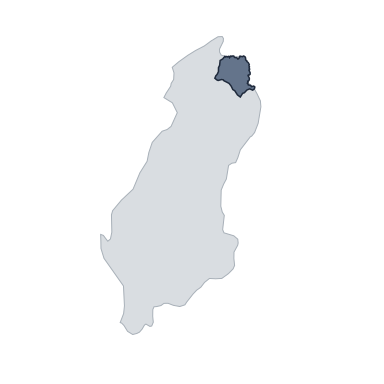 Tropojë, Kukës, Albania (highlighted), rotated 24°
{"feature_id": "67620474B51082079967557", "entity_name": "Tropojë", "entity_type": "district", "adm_level": 2, "iso_a3": "ALB", "parent_name": "Albania", "parent_adm1": "Kukës", "projection": "equal_earth", "projection_center": [20.083, 42.368], "detail": "fine", "context": "in_parent", "style": "filled", "palette": "slate", "viewbox_px": 384, "rotation_deg": 24, "n_neighbors": 0, "source": "geoboundaries", "source_scale": "gbopen_adm2", "svg_char_len": 2882}
<svg xmlns="http://www.w3.org/2000/svg" viewBox="0 0 384 384"><g transform="rotate(24 192 192)"><path d="M127.9,117.2L128.2,112.1L129.5,104.0L128.8,101.3L129.5,96.7L127.1,90.5L123.2,86.1L127.0,78.3L132.6,68.8L137.7,61.3L143.9,53.5L148.1,46.1L152.6,39.6L156.4,37.7L158.3,39.0L159.3,41.8L159.0,50.2L160.3,53.0L163.0,55.1L168.5,54.1L174.7,52.0L183.0,47.6L184.5,47.9L187.5,50.2L194.0,60.3L198.2,69.1L206.6,72.2L211.3,75.7L217.4,80.9L220.3,86.2L224.5,102.4L225.0,112.2L223.8,116.7L222.8,117.9L219.0,133.8L219.9,142.0L219.9,147.4L216.7,149.5L214.6,152.8L218.1,166.2L217.7,171.9L217.9,178.4L224.1,193.3L227.8,198.0L231.0,200.2L235.3,213.9L237.8,216.3L248.0,215.0L253.0,216.5L254.9,219.8L255.4,222.0L254.8,229.8L257.3,235.7L260.8,241.8L260.8,245.6L258.5,251.7L254.4,258.8L249.0,261.6L243.1,263.9L240.2,269.5L238.8,275.4L236.2,279.8L234.5,284.6L232.0,294.4L231.4,298.0L227.4,301.6L221.1,303.1L215.5,303.4L211.7,305.1L209.8,308.4L206.2,311.1L204.0,312.3L204.0,315.3L206.7,321.6L209.6,326.7L209.7,330.8L208.2,331.9L203.6,331.4L202.7,332.9L202.2,337.5L201.0,341.4L199.1,343.7L195.8,346.3L189.8,345.5L184.1,341.6L181.1,340.4L179.5,340.5L179.0,330.9L176.6,323.5L167.6,305.7L138.6,288.4L131.8,280.6L128.8,274.1L125.8,267.9L128.7,267.7L131.5,269.3L135.1,271.2L136.6,268.1L135.1,261.3L127.7,245.6L127.1,241.3L130.8,228.2L137.0,213.4L136.6,195.6L138.5,182.2L136.5,173.4L135.5,162.8L140.0,148.6L143.8,145.1L146.2,140.6L146.3,125.5L137.8,118.5L127.9,117.2Z" fill="#d9dde1" stroke="#a8b0b8" stroke-width="1"/><path d="M207.0,72.1L206.7,70.5L205.3,70.1L204.6,70.8L204.0,71.0L203.4,71.6L202.2,70.7L199.9,71.3L199.4,70.7L198.3,70.1L198.7,69.4L197.8,68.1L198.5,67.7L198.7,66.2L198.1,64.7L197.0,63.7L195.9,63.0L195.9,62.1L196.7,61.9L197.2,61.0L196.7,59.5L195.5,58.4L194.5,57.6L194.4,57.3L194.8,56.9L194.8,56.6L194.6,56.4L194.3,55.8L193.8,55.6L193.6,55.1L193.4,54.6L193.6,54.4L193.5,54.1L193.3,53.9L192.6,53.4L192.4,52.8L192.5,52.3L191.8,51.7L190.7,50.9L189.1,50.5L189.0,50.0L188.5,49.9L187.2,49.4L187.0,48.7L186.6,48.2L186.3,47.6L185.7,47.0L185.1,47.0L184.3,46.7L183.7,46.8L183.2,47.8L182.3,47.9L181.5,48.4L181.0,48.2L180.5,48.4L180.5,49.0L180.7,49.7L180.6,50.3L180.3,50.7L180.3,51.4L179.8,51.9L178.8,51.3L178.0,51.2L177.5,51.2L176.8,51.7L176.0,51.7L174.8,50.8L173.5,51.4L173.0,52.1L172.2,51.9L171.7,52.6L171.8,53.4L171.7,54.1L171.3,53.9L170.4,53.1L169.7,53.6L169.3,54.3L168.3,54.2L167.7,55.0L167.2,54.7L166.7,54.9L166.8,55.4L166.3,56.4L166.0,57.8L165.6,58.3L165.3,58.9L164.9,59.4L164.5,60.0L164.2,60.4L165.7,65.0L165.6,67.6L167.2,71.3L167.1,74.4L166.5,76.2L166.6,78.8L169.0,79.5L170.5,79.5L173.3,77.2L175.1,76.8L175.9,77.4L178.6,77.5L181.7,77.7L184.5,79.2L185.6,80.1L187.6,81.8L189.9,82.1L194.0,84.8L197.5,85.6L198.1,81.3L199.5,80.0L200.2,77.9L200.8,76.3L202.8,74.3L206.0,74.3L206.3,73.8L206.5,73.4L206.6,73.2L206.9,72.7L207.0,72.4L207.0,72.1Z" fill="#64748b" stroke="#1e293b" stroke-width="1.5"/></g></svg>